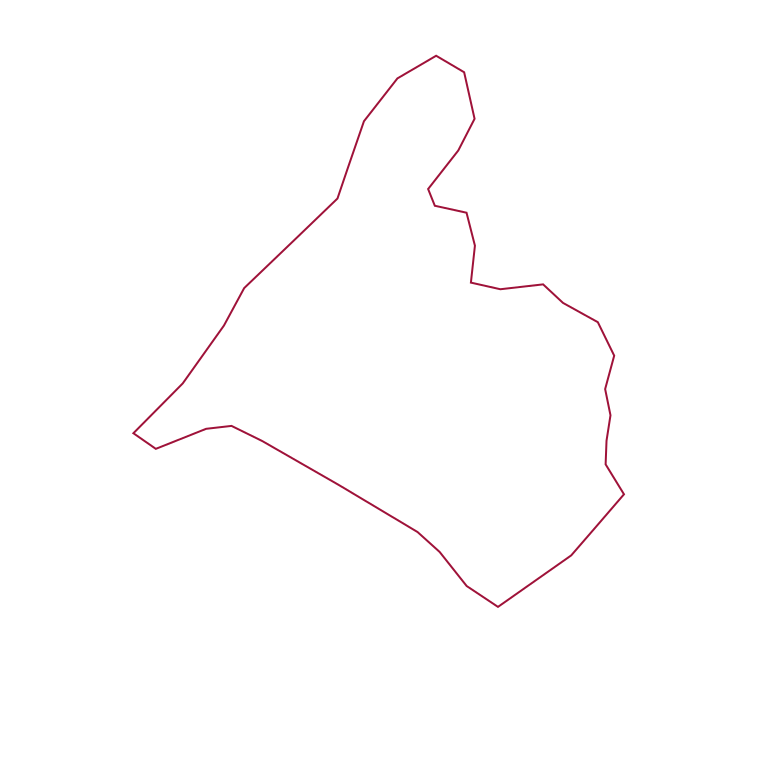 Ermera, Mercator projection, rotated 327°
{"feature_id": "TLS-549", "entity_name": "Ermera", "entity_type": "District", "adm_level": 1, "iso_a3": "TLS", "parent_name": "East Timor", "parent_adm1": "", "projection": "mercator", "projection_center": [125.395, -8.82], "detail": "fine", "context": "isolated", "style": "outline", "palette": "rose", "viewbox_px": 768, "rotation_deg": 327, "n_neighbors": 0, "source": "natural_earth", "source_scale": "10m", "svg_char_len": 670}
<svg xmlns="http://www.w3.org/2000/svg" viewBox="0 0 768 768"><g transform="rotate(327 384 384)"><path d="M561.7,135.0L599.9,136.8L606.5,137.1L621.0,166.2L604.4,210.9L573.5,228.6L527.2,244.5L523.7,262.2L546.5,285.3L535.6,317.5L512.1,346.3L533.2,367.9L571.7,387.1L578.3,413.5L590.1,435.7L597.0,448.6L592.5,485.6L566.7,508.7L556.9,533.6L539.7,552.8L526.1,572.1L525.2,607.2L482.7,619.6L447.7,629.7L358.2,633.0L343.3,598.5L339.2,555.2L331.5,526.4L291.1,444.1L250.8,365.5L233.3,336.1L210.4,324.7L157.3,314.1L147.0,288.8L215.5,273.9L281.6,247.8L319.0,227.4L388.4,214.2L446.0,203.1L471.5,183.0L510.3,152.7L561.7,135.0Z" fill="none" stroke="#9f1239" stroke-width="2"/></g></svg>